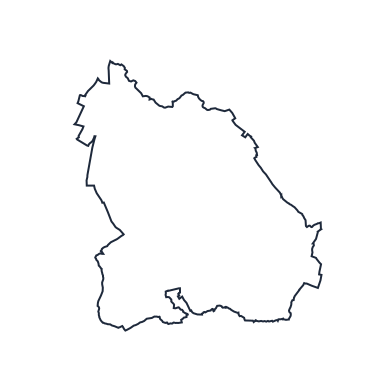 outline of Sebes, Alba, Romania, rotated 347°
{"feature_id": "2599482B78612484376633", "entity_name": "Sebes", "entity_type": "district", "adm_level": 2, "iso_a3": "ROU", "parent_name": "Romania", "parent_adm1": "Alba", "projection": "albers", "projection_center": [23.569, 45.956], "detail": "fine", "context": "isolated", "style": "outline", "palette": "slate", "viewbox_px": 384, "rotation_deg": 347, "n_neighbors": 0, "source": "geoboundaries", "source_scale": "gbopen_adm2", "svg_char_len": 6001}
<svg xmlns="http://www.w3.org/2000/svg" viewBox="0 0 384 384"><g transform="rotate(347 192 192)"><path d="M257.6,338.0L257.6,337.7L260.0,335.2L260.6,334.0L260.9,332.3L260.1,331.3L259.8,330.5L259.9,329.2L261.3,327.2L261.8,326.8L263.3,324.3L263.8,322.8L263.9,322.0L264.5,321.1L265.5,320.0L266.7,320.2L267.7,317.7L268.3,317.2L268.6,316.6L274.7,311.5L274.6,311.3L279.4,307.8L280.8,306.0L282.1,306.8L282.9,306.9L283.6,307.3L287.5,310.2L293.1,313.8L297.3,307.0L299.5,301.9L297.3,300.9L298.3,298.2L301.5,291.4L300.3,289.5L298.4,285.4L298.0,284.1L294.1,281.5L295.8,278.0L295.9,276.2L296.2,274.6L297.2,272.9L298.7,271.5L298.9,269.3L298.3,269.2L302.3,265.6L305.7,259.2L305.6,258.9L309.3,257.4L309.0,257.2L309.3,257.0L310.5,250.7L308.5,251.0L307.6,250.8L306.4,251.2L303.9,251.5L302.4,252.1L301.3,253.0L300.7,253.1L300.3,252.9L299.2,251.3L298.8,251.2L298.0,251.2L296.1,252.0L295.4,250.9L295.4,250.5L296.3,245.0L295.5,242.8L295.1,240.7L294.4,239.2L294.5,238.5L294.3,238.1L291.1,235.2L290.6,233.7L288.5,229.9L287.2,228.6L285.7,226.8L284.2,225.7L284.0,225.1L282.6,223.9L279.2,219.5L278.6,217.8L278.6,217.3L278.4,216.4L278.2,216.3L278.3,215.6L278.0,215.9L278.1,215.2L277.5,212.4L274.0,206.3L272.1,202.5L271.5,200.7L268.0,191.5L265.9,187.9L264.5,183.9L262.9,180.7L260.9,175.3L260.3,173.1L261.3,172.6L262.7,172.3L262.8,170.7L263.7,170.7L263.9,168.2L263.4,166.1L263.6,163.7L263.3,163.3L266.2,163.0L264.2,158.2L263.9,156.0L261.6,151.9L262.1,151.3L260.8,150.1L259.3,148.0L256.2,150.7L253.5,148.0L256.9,145.2L249.6,136.4L247.6,131.8L247.5,131.2L250.7,129.9L249.0,124.0L246.9,120.1L242.1,120.6L238.9,119.0L234.9,116.8L233.9,115.8L233.3,115.6L229.0,115.2L228.0,115.8L227.4,115.8L225.9,115.7L225.0,115.2L223.6,113.3L222.6,112.6L221.8,111.8L221.6,111.3L221.6,110.4L222.1,109.4L223.4,108.0L223.6,107.0L223.2,106.0L222.0,105.4L221.1,104.4L219.9,102.5L219.4,100.8L219.4,99.0L215.3,97.0L212.8,94.8L211.5,94.8L210.8,94.1L208.0,93.7L204.8,95.4L203.5,95.6L201.2,97.5L200.2,98.0L198.8,98.3L197.2,99.4L195.4,99.6L194.7,99.9L193.5,99.4L193.3,99.5L193.2,101.5L192.6,104.1L191.9,104.7L188.0,103.4L184.8,103.8L183.7,103.4L182.2,101.8L180.2,101.0L179.5,100.5L176.6,96.7L175.4,93.3L174.2,92.8L173.3,92.1L171.7,92.3L171.9,91.9L171.6,91.8L172.0,90.4L170.2,88.7L168.7,88.0L165.6,87.7L164.7,84.3L160.3,77.5L160.2,76.1L160.8,74.4L162.5,73.0L161.6,71.1L159.9,70.0L157.5,70.6L155.6,69.5L155.0,66.7L153.5,64.7L153.2,63.0L154.1,61.7L155.8,60.4L155.8,59.3L154.0,57.3L154.5,55.9L153.8,54.0L151.9,51.8L150.6,52.3L148.6,50.5L147.4,50.6L146.2,50.3L144.4,48.9L143.9,47.9L143.4,48.3L141.8,46.0L139.2,50.5L138.5,52.4L138.1,55.1L135.7,67.7L129.9,65.6L128.6,64.8L126.4,62.0L126.3,61.1L125.8,60.1L123.6,63.0L122.0,64.5L120.1,66.1L113.4,70.2L109.3,73.9L109.8,74.2L109.4,74.7L108.7,74.3L107.1,73.9L105.4,72.5L104.5,72.5L101.7,78.0L100.5,79.7L105.9,84.1L95.1,98.0L92.8,99.6L96.9,101.5L101.0,103.7L99.4,106.1L94.1,111.9L94.0,112.2L94.1,113.2L91.6,114.3L91.9,115.0L100.2,123.1L101.3,123.7L102.2,122.4L103.5,121.5L104.7,121.0L106.7,119.8L108.8,117.0L109.5,115.7L110.4,116.0L108.8,118.7L104.9,126.3L93.9,152.0L93.4,153.9L91.9,156.9L90.9,162.1L98.0,163.7L98.0,167.0L98.9,171.8L101.8,179.4L102.0,180.3L102.2,182.3L103.7,182.4L105.5,192.8L106.9,202.6L108.1,205.1L109.6,209.0L110.5,210.1L113.1,212.7L115.9,217.9L114.9,218.5L113.6,218.8L108.5,221.0L101.6,222.7L98.2,224.7L97.2,225.7L94.6,225.9L93.1,226.3L91.4,227.2L91.2,227.9L89.8,229.0L89.8,229.3L90.7,229.9L91.6,232.3L90.4,232.0L88.6,231.2L87.7,231.3L85.6,232.2L84.6,232.2L83.0,234.0L83.2,235.0L83.5,235.4L83.5,236.5L84.6,238.4L84.8,240.7L84.6,242.8L85.2,243.6L86.1,245.7L86.7,246.7L86.4,247.0L86.2,249.2L86.3,250.8L86.2,251.6L86.5,253.4L86.2,254.6L86.3,255.6L86.0,256.8L85.7,257.4L84.1,259.9L83.7,261.8L83.6,265.1L82.6,268.6L80.0,272.4L76.2,277.2L75.4,278.8L74.4,281.8L75.0,282.5L75.3,283.3L75.4,284.2L75.3,284.8L73.8,287.5L74.0,289.0L73.6,290.6L73.5,291.7L73.7,292.3L73.5,293.3L74.2,296.5L75.1,298.3L75.8,299.4L76.3,299.4L77.2,300.3L79.2,301.2L80.0,301.8L82.6,302.6L83.9,304.0L86.4,305.4L89.6,307.7L89.9,307.5L90.8,307.6L93.9,306.9L94.4,308.0L94.9,310.0L95.9,312.0L97.5,311.7L101.5,310.6L105.2,309.1L107.2,309.0L109.8,308.4L112.1,307.4L114.1,307.4L116.4,306.9L118.8,305.6L119.5,305.3L124.5,305.7L127.3,304.9L129.7,305.5L130.9,306.2L132.3,306.2L132.4,306.4L132.3,308.0L132.5,308.8L133.9,310.7L134.4,312.2L136.7,313.6L138.3,313.5L138.6,314.0L138.6,314.6L139.3,315.3L141.7,315.2L142.5,315.6L143.4,315.7L144.2,315.2L144.9,315.1L146.7,316.0L147.9,316.1L148.9,316.5L152.7,316.8L152.7,314.1L154.6,313.4L155.7,312.6L158.5,312.6L158.7,311.7L158.9,311.5L159.0,310.7L160.3,310.5L160.2,309.9L157.8,308.2L156.4,306.7L156.6,306.1L155.9,304.6L154.5,304.0L153.2,301.5L152.8,301.3L149.7,301.6L148.1,301.0L149.2,297.8L148.9,296.8L147.3,294.3L147.2,293.7L147.6,292.7L147.6,292.0L147.4,291.8L146.8,290.6L146.0,289.4L144.9,288.9L143.2,288.7L143.1,286.3L143.7,285.0L144.0,283.1L146.4,282.7L146.5,283.0L157.4,282.9L158.6,283.1L157.7,287.3L156.5,287.5L156.3,288.1L155.7,288.3L156.2,290.1L154.8,290.5L155.6,293.2L158.9,291.7L159.9,295.4L161.7,298.8L163.6,307.4L164.0,307.3L163.9,307.0L164.6,307.1L164.8,308.2L165.3,309.4L166.3,310.5L169.7,312.5L174.2,313.7L174.3,312.8L175.9,312.3L176.2,311.8L177.1,311.7L178.0,312.3L180.4,311.5L183.5,311.7L184.0,311.2L185.1,310.6L185.8,310.6L186.3,311.2L186.0,312.3L186.2,313.0L187.1,312.7L187.8,311.4L189.0,310.8L190.9,308.6L193.4,308.9L194.4,309.4L195.3,310.2L195.4,311.0L195.9,311.6L197.6,311.8L198.4,312.2L198.4,311.6L199.2,311.5L200.8,312.7L201.9,313.9L202.8,314.4L203.7,315.7L206.1,318.0L209.4,320.1L210.1,320.0L209.9,321.9L210.5,323.7L211.9,323.8L214.5,326.3L214.5,328.2L214.8,329.1L222.4,331.1L222.9,332.6L224.0,331.9L224.5,332.0L224.9,331.5L225.1,331.8L225.5,331.6L225.7,332.0L228.0,333.1L230.3,333.2L232.1,334.1L233.7,334.1L235.2,335.0L237.0,334.7L237.9,335.5L241.1,335.5L241.6,336.5L244.8,335.9L245.9,335.9L246.5,336.2L246.7,336.8L247.6,335.5L250.0,336.0L252.3,335.9L252.3,336.2L252.0,336.2L252.0,336.6L252.8,336.7L254.8,337.7L257.6,338.0Z" fill="none" stroke="#1e293b" stroke-width="2"/></g></svg>